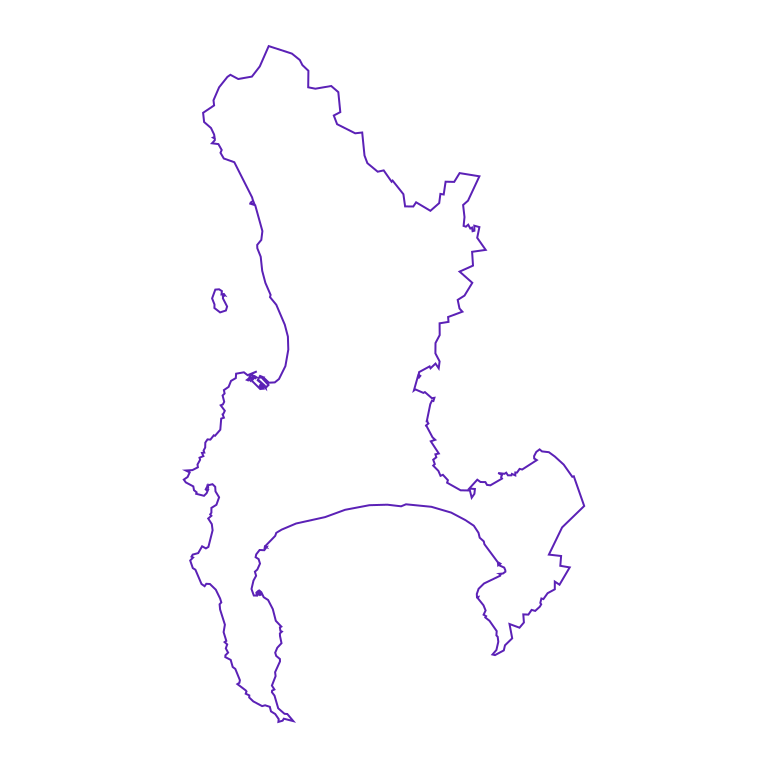 the district of City of Cape Town, Western Cape, South Africa
{"feature_id": "47623444B95865124382580", "entity_name": "City of Cape Town", "entity_type": "district", "adm_level": 2, "iso_a3": "ZAF", "parent_name": "South Africa", "parent_adm1": "Western Cape", "projection": "equal_earth", "projection_center": [18.52, -33.915], "detail": "fine", "context": "isolated", "style": "outline", "palette": "violet", "viewbox_px": 768, "rotation_deg": 0, "n_neighbors": 0, "source": "geoboundaries", "source_scale": "gbopen_adm2", "svg_char_len": 6113}
<svg xmlns="http://www.w3.org/2000/svg" viewBox="0 0 768 768"><path d="M459.6,173.1L454.2,181.9L445.6,181.7L443.7,194.5L440.4,193.9L439.2,203.1L430.4,210.8L416.1,202.3L413.3,206.5L405.1,206.4L403.4,194.2L392.6,180.6L391.6,181.7L383.7,170.4L377.7,171.7L367.4,163.2L364.5,155.5L362.2,132.5L355.2,133.3L337.1,124.2L333.8,115.5L340.3,112.1L338.3,92.1L331.2,86.0L315.4,88.7L308.2,87.3L308.4,70.8L302.4,65.1L299.8,60.0L291.9,53.6L268.7,46.1L259.8,66.4L251.9,76.6L238.2,79.0L230.4,74.8L227.4,76.9L219.1,87.3L213.5,100.3L214.1,105.4L203.1,112.8L204.1,122.0L211.0,128.0L214.1,134.5L214.5,136.9L213.1,137.6L214.8,138.5L214.8,140.2L212.0,143.3L218.4,144.1L221.7,150.0L220.5,152.8L223.8,158.5L234.3,162.2L252.1,197.4L253.1,201.0L250.3,202.8L253.2,200.9L254.5,204.3L249.3,203.4L255.2,205.2L262.4,231.1L261.3,239.9L257.2,244.9L257.3,248.2L260.7,256.7L262.2,270.8L265.4,282.9L270.6,294.9L270.0,297.1L276.3,304.8L284.8,324.7L287.9,336.6L288.3,349.6L285.4,366.1L279.0,379.0L274.8,382.4L268.9,382.7L263.2,377.2L259.3,375.6L260.1,376.5L259.3,377.5L263.4,377.5L262.6,378.6L268.5,385.0L266.5,387.0L265.6,386.1L266.5,387.2L265.4,386.6L265.7,388.2L264.1,386.5L265.2,386.5L264.7,385.6L258.3,379.9L258.5,378.4L258.2,380.0L257.1,379.8L263.6,385.1L262.6,386.4L260.0,383.9L263.3,388.7L261.2,388.9L261.5,387.4L259.1,385.4L261.1,387.6L260.0,388.8L251.7,380.6L254.5,377.6L256.2,378.7L255.5,377.8L256.5,377.3L254.6,376.1L252.8,375.6L253.4,376.7L250.7,379.5L251.3,377.6L249.2,378.4L249.6,380.0L248.5,379.1L247.9,379.9L248.9,380.7L247.0,379.9L249.6,377.9L249.1,376.4L250.0,377.3L250.1,375.6L251.0,376.5L250.2,375.5L251.3,374.3L252.3,375.4L252.0,373.7L256.8,371.4L247.6,375.2L243.9,372.3L236.1,373.7L235.8,378.1L231.0,380.9L228.6,386.9L223.9,390.1L224.6,393.5L222.6,395.5L224.2,401.8L222.9,404.4L220.7,405.3L224.8,410.8L223.1,414.3L222.3,413.6L223.9,417.7L221.2,418.6L220.3,429.7L215.0,435.8L213.8,435.3L210.4,439.6L207.5,439.4L205.3,442.6L205.2,447.5L203.6,450.5L204.3,452.6L202.0,452.9L203.4,456.1L199.5,457.7L200.1,459.8L197.5,464.5L197.9,467.3L192.4,470.1L185.8,470.5L189.7,472.4L187.6,477.0L183.8,479.6L185.8,482.4L193.3,486.4L194.0,490.2L196.6,492.3L196.2,493.8L204.0,495.8L206.6,493.2L208.6,488.6L207.2,490.7L205.7,489.4L207.6,485.8L208.0,488.2L208.2,487.1L207.5,485.4L212.5,484.2L215.2,486.8L215.5,491.4L219.1,497.3L216.4,504.8L211.4,507.9L211.4,512.7L210.2,514.4L211.4,515.8L208.2,518.5L211.8,524.1L212.6,530.3L208.4,546.9L205.9,548.4L202.1,546.3L198.2,553.1L192.7,554.6L191.5,556.7L193.1,557.5L190.2,560.5L192.8,568.1L195.4,569.7L201.5,584.0L204.6,586.2L206.3,583.8L209.9,584.0L215.8,589.7L220.1,598.5L221.3,602.4L219.6,604.3L220.1,609.5L224.9,624.7L223.6,632.1L226.3,640.9L224.6,642.1L227.2,644.4L225.8,648.4L228.1,652.6L225.4,655.3L225.3,657.1L230.7,659.9L232.7,667.0L235.3,668.9L239.9,680.2L239.4,682.8L237.4,684.1L245.6,690.3L246.5,691.4L245.7,693.7L249.3,695.4L249.2,697.5L253.3,701.4L262.1,706.1L265.1,705.3L269.8,706.8L271.0,711.4L275.2,714.0L278.7,719.1L278.4,721.9L282.6,720.7L283.8,718.7L293.3,721.1L287.3,714.0L284.5,713.8L278.2,708.3L274.5,695.6L271.9,692.2L272.1,690.6L274.4,689.5L271.9,685.6L275.6,676.1L275.1,672.2L280.0,661.4L279.9,659.0L276.2,655.9L275.2,652.7L277.3,647.7L281.5,643.2L280.0,636.0L279.9,633.4L281.9,631.6L280.4,630.8L279.9,627.4L281.3,626.6L275.8,620.8L272.8,609.1L268.1,600.0L263.7,597.2L261.3,592.2L258.7,590.0L261.7,594.4L260.0,595.0L258.9,592.9L258.8,594.7L257.2,594.6L256.6,592.7L258.2,591.5L258.0,591.2L256.4,592.6L256.9,595.6L253.8,595.5L251.5,589.0L253.5,580.5L256.1,575.8L254.9,571.7L257.3,569.6L260.0,563.6L258.6,559.1L255.6,557.2L256.2,554.4L259.6,550.0L264.3,550.2L266.5,547.2L264.7,547.7L264.9,546.5L266.2,547.0L265.4,546.0L275.2,535.9L276.3,532.8L281.7,529.6L296.1,523.5L325.1,517.1L345.1,509.8L369.4,505.2L387.4,504.7L401.1,506.3L406.0,504.3L431.4,506.8L451.2,512.6L465.2,520.0L473.8,525.7L478.5,532.8L479.7,537.7L483.8,541.4L484.4,544.2L497.9,562.4L498.2,565.1L499.2,564.2L498.2,563.4L498.4,562.5L500.4,563.7L498.8,565.1L504.2,567.6L505.3,570.2L505.4,571.7L503.0,573.5L499.8,573.8L500.9,574.3L500.3,575.1L499.5,573.4L500.0,575.8L484.0,583.5L478.6,588.8L476.8,594.0L477.0,597.2L478.4,596.9L477.8,598.2L483.5,605.3L485.6,610.5L483.6,614.7L486.1,616.2L485.3,617.5L489.5,620.8L496.7,631.1L496.4,635.4L497.7,636.8L498.3,641.8L496.4,650.0L492.5,654.5L495.0,655.1L503.8,650.4L505.0,645.3L512.2,638.3L509.5,624.0L519.5,627.7L523.9,622.5L523.3,614.4L528.4,614.6L531.6,609.9L535.2,610.9L539.8,606.7L541.2,604.3L540.3,602.9L541.4,598.5L543.4,599.1L547.6,593.2L554.8,589.3L554.8,581.6L559.5,584.7L569.7,567.4L560.3,565.8L561.1,556.0L548.9,554.6L562.1,527.4L584.2,506.0L573.8,476.3L572.3,476.8L563.7,464.6L554.8,456.5L548.9,452.2L542.0,451.4L539.6,449.4L536.3,451.9L534.1,456.1L534.2,458.5L536.8,460.1L522.2,469.5L519.6,468.9L517.0,472.6L515.3,472.5L515.3,475.4L511.9,473.9L511.4,475.3L507.9,475.3L506.2,472.7L504.5,473.8L498.2,473.0L502.0,475.0L501.1,477.2L502.0,478.6L490.4,485.3L487.0,484.9L485.4,482.1L480.5,482.0L477.3,479.7L469.3,488.5L474.9,489.0L474.4,493.8L471.7,497.7L469.9,490.5L460.6,490.3L447.1,482.7L447.9,480.2L442.9,474.8L440.5,475.8L438.4,470.9L433.2,465.6L434.8,464.1L433.2,459.7L436.3,457.3L435.4,454.3L438.8,453.5L430.8,441.3L435.2,439.8L432.5,437.3L426.4,425.8L425.4,426.0L428.4,423.5L427.0,421.4L428.2,421.0L426.8,421.1L430.3,404.1L432.0,400.6L433.4,401.0L434.4,397.8L431.9,398.2L424.9,392.1L423.4,392.9L415.4,389.4L413.9,390.5L418.0,376.0L419.0,377.5L420.3,375.9L418.7,374.7L419.1,372.1L429.6,366.4L430.5,368.3L435.5,363.6L438.7,368.3L439.6,361.4L435.4,353.4L435.5,343.0L439.7,335.1L439.6,323.3L448.5,321.9L448.1,317.0L462.4,311.7L459.5,308.5L457.7,299.9L464.5,295.6L472.3,282.8L459.6,271.6L473.0,265.6L472.1,251.8L485.7,249.9L477.2,237.8L479.4,227.1L474.3,225.7L474.4,230.7L472.6,231.2L472.0,227.6L470.3,228.5L468.2,224.7L465.9,226.7L463.6,225.9L464.5,217.1L463.1,205.0L468.0,200.7L479.4,176.3L459.6,173.1ZM219.1,289.3L215.3,289.6L212.1,298.4L214.5,304.5L214.4,308.0L220.1,312.4L225.9,310.5L227.1,306.5L222.9,298.3L223.1,296.3L224.5,295.8L222.8,296.0L222.6,294.3L224.7,295.1L223.9,294.0L221.5,294.4L221.9,291.1L219.1,289.3Z" fill="none" stroke="#5b21b6" stroke-width="2"/></svg>